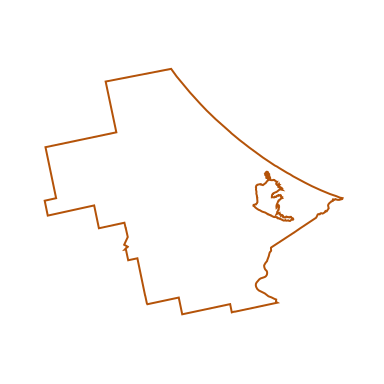 outline of Coorong, South Australia, Australia, rotated 168°
{"feature_id": "25037944B88075036338207", "entity_name": "Coorong", "entity_type": "district", "adm_level": 2, "iso_a3": "AUS", "parent_name": "Australia", "parent_adm1": "South Australia", "projection": "equal_earth", "projection_center": [139.321, -35.718], "detail": "fine", "context": "isolated", "style": "outline", "palette": "amber", "viewbox_px": 384, "rotation_deg": 168, "n_neighbors": 0, "source": "geoboundaries", "source_scale": "gbopen_adm2", "svg_char_len": 5898}
<svg xmlns="http://www.w3.org/2000/svg" viewBox="0 0 384 384"><g transform="rotate(168 192 192)"><path d="M46.0,154.7L48.6,155.8L51.8,158.0L57.4,161.3L65.4,166.8L73.4,172.7L79.6,177.7L86.0,183.1L89.8,186.3L92.2,188.7L95.1,191.1L101.8,197.4L103.6,199.2L105.5,200.7L115.5,211.0L126.5,223.3L134.8,233.1L141.3,241.3L141.9,242.3L153.8,258.4L160.7,268.6L165.5,276.4L173.2,289.6L183.0,308.2L186.8,316.8L253.5,318.0L253.6,266.1L326.0,266.3L326.2,214.2L337.9,214.1L338.0,198.9L290.5,199.2L290.6,175.9L264.5,176.0L264.4,170.6L264.2,170.5L264.3,169.6L264.2,161.3L269.3,154.5L266.2,151.8L266.7,151.3L267.5,151.3L269.7,149.7L268.6,149.7L268.6,138.5L259.2,138.5L259.4,100.4L259.3,100.1L259.3,92.4L259.0,91.5L226.9,91.5L227.0,74.4L178.0,74.4L178.1,66.0L175.5,66.2L175.1,66.0L131.5,66.0L132.7,67.1L132.0,69.3L133.7,70.4L136.3,72.5L138.9,74.1L141.9,77.7L147.1,81.8L148.4,83.7L149.0,86.0L149.0,87.4L148.6,88.8L147.7,90.0L144.3,92.6L142.8,93.2L139.3,93.6L137.9,93.9L136.9,94.5L135.9,95.6L135.3,97.2L135.2,98.3L135.4,99.3L136.4,100.9L136.7,101.8L136.9,103.3L136.8,104.9L136.4,105.6L135.0,107.2L132.9,108.9L132.6,109.6L130.3,113.2L128.8,116.3L128.1,117.1L127.3,117.6L126.8,118.2L126.5,120.4L126.3,121.1L125.8,121.4L99.7,131.5L93.5,134.1L76.0,141.0L75.1,142.0L73.7,143.9L73.0,144.1L72.2,143.7L71.7,143.6L71.4,143.8L71.4,144.1L70.6,144.4L69.7,144.3L69.0,143.8L68.0,143.9L66.0,144.7L65.9,145.2L65.4,145.6L65.0,145.2L64.3,145.1L61.7,147.6L61.7,150.5L61.2,151.5L59.6,152.8L58.5,153.2L57.6,153.9L56.2,153.9L56.0,154.2L55.9,155.1L55.6,155.5L55.1,155.3L54.9,154.9L54.6,154.7L54.2,154.7L53.5,155.2L53.1,155.2L52.5,154.7L51.3,154.1L49.8,153.7L46.5,153.9L46.0,154.7ZM98.7,145.1L98.6,144.5L98.9,144.4L99.0,144.0L99.5,144.0L99.7,144.4L100.0,144.5L102.1,143.3L103.1,143.6L103.8,144.3L104.9,144.2L105.9,144.4L106.5,145.1L106.9,144.8L108.3,145.0L109.4,145.8L109.8,146.4L110.3,146.5L111.2,147.5L112.1,147.6L112.6,148.4L113.6,148.4L113.9,148.6L113.9,149.3L114.2,149.8L116.5,150.3L117.6,150.8L118.1,151.4L118.6,151.6L119.2,152.3L119.7,152.5L119.8,152.8L120.1,152.8L120.4,153.1L120.5,153.3L121.1,153.5L121.4,153.7L121.7,154.3L122.4,154.4L122.7,155.0L123.1,155.1L124.0,156.1L124.7,156.7L127.4,158.2L129.5,160.1L130.5,160.7L131.9,162.1L133.2,163.6L134.1,165.1L134.5,165.4L134.1,165.9L134.6,166.2L134.4,166.6L133.6,166.5L132.5,166.8L132.0,166.6L131.5,167.1L130.8,167.5L130.3,168.4L130.1,168.5L129.8,170.2L129.7,171.4L129.5,172.2L129.6,172.6L129.3,172.9L129.5,173.9L129.3,174.3L129.3,175.0L129.4,177.0L128.9,178.8L128.9,181.1L128.5,182.4L128.4,183.3L128.5,183.5L127.7,184.9L126.9,185.2L126.9,185.3L126.6,185.5L123.5,185.5L123.1,185.4L123.0,185.0L122.8,185.0L122.7,184.7L122.3,184.7L121.2,184.0L117.8,185.6L116.9,186.5L116.0,187.2L115.2,187.6L114.2,187.8L114.1,188.3L114.9,188.3L114.6,188.8L114.7,189.0L114.4,189.0L114.5,189.2L114.4,189.5L115.1,189.5L115.8,190.0L116.3,190.2L116.3,191.2L116.0,191.6L115.5,191.3L115.6,191.1L115.5,191.6L115.5,192.0L115.9,192.2L115.8,193.0L116.3,192.8L116.7,193.1L116.6,193.4L116.7,193.6L116.8,194.4L116.4,194.4L116.3,194.5L116.5,194.8L116.4,195.1L116.1,195.3L115.9,195.6L115.6,195.6L115.1,196.2L114.7,196.3L113.8,195.9L113.7,195.6L114.1,195.3L114.5,195.4L114.4,195.1L114.7,194.8L114.4,194.6L114.1,194.8L114.0,194.6L113.8,194.9L113.6,194.9L113.5,194.5L113.6,194.4L113.4,194.1L113.4,193.8L113.0,193.8L112.8,193.4L112.9,193.1L113.3,192.9L113.1,192.4L113.4,192.2L113.5,192.4L113.6,192.2L113.4,191.9L113.4,191.7L113.2,191.3L113.8,191.4L114.3,190.3L113.8,190.0L113.3,190.4L113.4,189.7L112.9,189.8L112.7,189.6L112.7,189.4L113.0,189.4L113.3,189.2L113.0,188.8L113.0,188.4L113.2,188.1L113.1,187.8L112.8,187.4L111.7,187.0L110.5,186.8L109.6,186.9L108.9,186.6L108.8,186.1L107.8,185.3L107.6,184.7L107.2,184.5L107.1,184.1L106.8,184.1L107.9,182.6L107.6,182.2L107.4,181.2L106.9,180.7L106.4,181.1L106.3,180.9L106.6,180.9L106.4,180.7L106.2,180.1L105.9,180.4L105.6,181.2L105.2,181.7L105.1,181.1L105.4,180.8L105.1,180.7L105.7,180.3L105.7,180.0L105.7,179.6L105.3,179.1L105.2,178.8L105.5,178.7L106.0,179.0L106.5,178.8L106.4,178.2L106.3,178.7L106.1,178.6L105.6,178.7L105.1,178.2L104.9,178.4L104.5,178.3L104.4,178.2L104.9,178.1L104.9,177.7L104.3,177.8L104.2,177.5L104.1,177.1L103.4,176.9L103.4,177.1L103.2,176.9L103.2,176.5L103.4,176.7L103.8,176.7L103.7,176.4L103.4,176.3L103.6,176.1L103.5,175.7L103.3,175.4L104.0,175.7L103.7,175.8L103.9,176.6L104.2,176.7L104.3,176.4L104.5,176.4L105.2,176.5L109.4,174.4L110.4,174.4L111.6,174.0L112.1,174.0L113.1,173.6L113.2,173.1L113.8,173.0L114.3,172.4L114.9,170.7L115.0,170.2L113.9,170.1L112.9,169.6L112.3,169.8L112.2,169.9L112.3,170.0L111.9,170.2L111.2,169.7L110.5,169.8L110.0,170.5L109.6,170.6L108.3,170.3L108.2,170.5L108.4,170.6L108.4,170.9L108.0,171.1L107.8,171.0L107.8,170.8L107.6,170.6L107.0,170.5L106.3,170.7L105.7,170.1L105.9,169.2L106.0,169.1L106.0,168.9L105.3,168.4L105.4,168.0L105.1,168.0L105.2,167.8L104.9,167.3L106.5,167.0L107.6,166.2L108.1,166.2L108.9,165.7L109.1,165.3L109.3,165.4L110.0,164.5L110.9,163.0L111.2,162.8L111.3,162.2L111.8,161.9L112.2,161.1L112.2,160.8L112.5,160.1L112.6,159.1L112.3,159.3L111.5,161.4L110.1,161.2L109.8,160.7L109.8,160.0L110.1,159.8L110.2,159.1L110.1,158.7L110.7,157.7L110.4,157.8L109.9,157.6L110.7,157.5L111.2,156.3L112.8,154.8L113.0,154.1L113.3,153.5L113.5,153.2L113.9,152.7L113.6,152.8L113.2,153.2L112.7,153.2L112.3,153.6L111.9,153.5L111.8,153.3L112.0,153.3L111.9,153.1L111.1,153.0L110.7,153.2L110.7,152.7L110.3,152.0L110.6,151.6L109.4,151.0L109.3,150.8L109.5,150.4L108.7,150.7L108.4,150.6L108.0,149.9L108.2,149.7L108.3,149.0L107.9,149.0L107.5,148.1L107.0,147.9L106.6,148.1L105.8,147.8L105.5,148.0L105.4,147.8L104.7,148.3L104.2,148.0L103.8,147.6L103.2,147.6L102.9,147.3L101.7,146.8L101.0,146.9L101.3,147.2L101.2,147.3L100.7,147.2L100.4,147.1L100.4,146.7L99.3,145.6L99.3,145.3L98.7,145.1ZM115.2,193.5L114.7,193.6L114.7,193.9L114.0,194.3L114.4,194.1L114.7,194.3L115.1,194.2L115.0,193.6L115.2,193.5Z" fill="none" stroke="#b45309" stroke-width="2"/></g></svg>